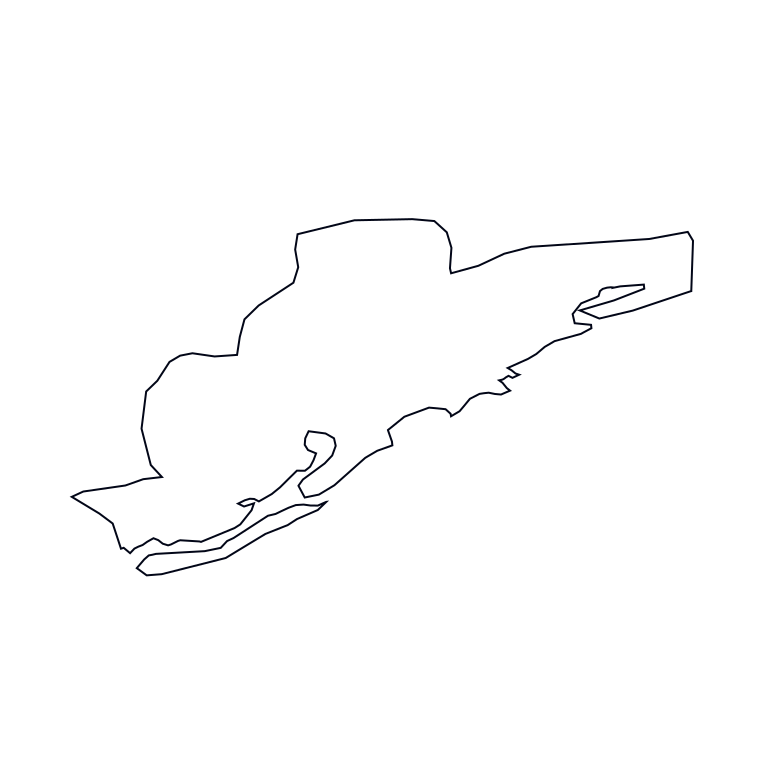 map outline of Maḍakalapuva (Equal Earth projection), rotated 84°
{"feature_id": "LKA-2452", "entity_name": "Maḍakalapuva", "entity_type": "District", "adm_level": 1, "iso_a3": "LKA", "parent_name": "Sri Lanka", "parent_adm1": "", "projection": "equal_earth", "projection_center": [81.59, 7.833], "detail": "fine", "context": "isolated", "style": "outline", "palette": "ink", "viewbox_px": 768, "rotation_deg": 84, "n_neighbors": 0, "source": "natural_earth", "source_scale": "10m", "svg_char_len": 2476}
<svg xmlns="http://www.w3.org/2000/svg" viewBox="0 0 768 768"><g transform="rotate(84 384 384)"><path d="M323.7,68.7L323.7,68.8L325.4,76.6L337.0,128.9L341.4,163.0L331.3,181.6L325.7,150.8L324.9,146.5L316.4,115.2L312.3,115.2L311.6,138.9L312.3,146.4L311.9,146.2L311.5,148.3L311.5,152.1L312.3,156.6L314.2,159.5L318.9,161.4L319.9,163.8L324.4,179.5L334.2,189.1L343.5,188.0L346.8,171.9L350.2,171.9L353.7,180.5L354.7,182.8L359.2,209.9L363.9,220.3L370.1,229.4L374.1,238.2L381.0,259.3L383.7,255.7L387.3,252.1L388.9,248.6L391.3,255.6L388.9,259.3L390.1,262.0L391.2,263.8L391.4,264.2L392.0,265.7L392.4,269.1L395.2,266.0L400.9,262.3L403.8,259.3L405.1,263.6L406.7,268.7L405.5,274.8L403.6,280.8L403.6,285.5L403.8,290.0L407.7,300.1L414.6,307.1L419.0,311.7L423.1,320.7L420.5,320.9L419.2,322.1L417.5,323.6L416.5,324.5L415.5,325.4L413.8,333.5L412.2,341.7L418.7,367.2L422.3,372.7L430.2,384.9L430.3,384.9L442.1,382.1L445.9,382.1L449.7,397.7L454.1,407.4L455.5,410.4L479.5,443.9L487.2,460.3L488.6,474.7L476.3,479.7L476.2,479.7L470.5,474.6L456.8,451.3L449.7,443.0L440.5,438.5L440.4,438.5L439.4,438.6L432.8,439.4L427.1,447.3L423.1,463.9L429.8,468.0L436.2,469.2L441.7,466.5L445.9,458.8L452.5,462.1L458.5,466.1L460.6,469.4L462.0,471.7L461.1,479.7L468.5,489.0L475.9,498.2L481.7,507.1L487.7,520.7L484.8,525.1L484.1,529.4L485.1,534.6L487.7,541.6L491.2,536.0L489.1,525.8L495.7,528.9L508.6,541.6L511.6,547.6L521.9,582.5L521.3,584.0L518.1,603.0L518.5,605.1L518.6,605.4L521.3,612.6L521.9,615.6L519.7,620.7L515.7,624.8L513.3,629.4L516.2,636.1L518.9,640.9L519.9,644.6L520.0,645.1L521.6,649.4L525.7,654.2L519.7,660.0L520.3,662.8L509.6,665.1L494.4,668.4L483.1,680.6L463.6,706.3L459.5,694.3L457.9,651.8L453.5,633.4L453.3,614.6L440.2,624.4L403.1,629.8L366.6,621.3L357.1,609.1L339.6,595.0L334.5,583.8L333.4,571.3L338.9,549.6L339.7,527.1L322.1,522.5L305.1,516.0L292.8,500.4L273.8,463.5L258.9,457.1L241.0,458.3L226.0,454.3L218.1,396.3L223.0,338.7L227.2,316.9L239.7,305.7L255.6,302.7L275.8,306.3L280.9,305.7L276.3,277.8L267.0,250.8L262.9,223.2L267.5,105.1L264.5,66.0L273.8,61.7L323.7,68.7ZM502.9,513.2L501.9,505.4L499.7,499.3L497.1,491.8L495.2,484.4L495.5,476.6L497.2,469.7L498.0,462.5L495.2,453.8L495.2,453.7L502.4,463.0L509.2,484.6L514.3,494.6L515.5,499.0L520.7,517.6L534.2,546.3L540.5,559.6L549.9,625.0L549.5,640.0L541.3,649.1L533.4,640.8L531.0,637.4L529.9,635.9L529.6,632.2L529.1,628.5L529.2,626.9L531.5,579.7L529.9,563.5L523.8,556.5L521.5,549.8L502.9,513.2Z" fill="none" stroke="#020617" stroke-width="2"/></g></svg>